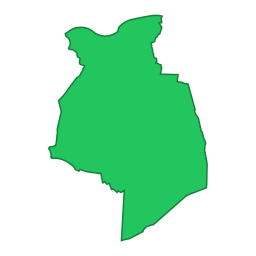 Etten-Leur, Noord-Brabant, Netherlands (Robinson projection)
{"feature_id": "6326949B83094148172558", "entity_name": "Etten-Leur", "entity_type": "district", "adm_level": 2, "iso_a3": "NLD", "parent_name": "Netherlands", "parent_adm1": "Noord-Brabant", "projection": "robinson", "projection_center": [4.64, 51.576], "detail": "fine", "context": "isolated", "style": "filled", "palette": "green", "viewbox_px": 256, "rotation_deg": 0, "n_neighbors": 0, "source": "geoboundaries", "source_scale": "gbopen_adm2", "svg_char_len": 5405}
<svg xmlns="http://www.w3.org/2000/svg" viewBox="0 0 256 256"><path d="M162.2,16.2L161.5,16.0L160.0,15.7L158.6,15.5L157.4,15.4L156.3,15.4L155.1,15.4L154.1,15.4L151.7,15.7L147.6,16.3L141.2,17.5L131.7,19.5L130.1,19.9L128.9,20.3L127.3,21.0L124.9,22.2L121.8,24.5L120.2,25.9L119.3,26.8L118.9,27.3L118.7,27.9L118.0,30.7L117.6,31.6L116.3,32.7L115.6,33.2L114.5,33.6L113.5,34.2L112.1,34.8L111.3,35.1L107.8,35.9L106.4,36.0L105.0,36.1L102.5,35.9L101.8,35.8L100.4,35.4L98.7,34.9L97.7,34.5L96.1,33.8L94.6,32.8L92.7,31.3L91.3,30.3L89.0,29.0L87.1,28.3L84.8,27.7L82.8,27.4L80.6,27.3L78.1,27.5L75.4,28.0L73.0,28.8L70.9,29.9L69.5,30.8L67.8,32.1L66.1,33.2L65.3,33.6L65.4,34.2L65.5,35.1L65.6,35.3L65.7,35.7L66.2,36.4L66.4,36.7L67.4,37.5L68.2,38.1L68.8,38.8L69.4,39.7L69.7,40.3L69.9,40.9L70.1,42.0L70.2,44.2L70.2,44.4L70.0,45.2L69.8,45.8L68.6,48.0L68.5,48.3L68.6,48.6L68.9,49.0L69.6,49.3L70.6,49.5L72.3,49.7L73.0,49.8L73.5,50.0L73.8,50.2L75.4,51.6L76.9,53.1L77.0,53.3L77.1,53.6L77.0,55.2L77.1,55.7L77.2,56.2L77.8,57.0L78.0,57.3L78.7,57.7L79.7,58.1L80.0,58.4L80.0,58.5L80.0,58.8L79.6,61.0L79.5,62.9L79.6,63.4L79.7,63.7L80.1,64.1L80.4,64.5L80.5,64.6L80.9,64.7L83.1,65.2L83.3,65.3L83.5,65.4L84.0,65.6L84.5,66.0L84.5,66.6L84.4,66.8L84.0,67.2L83.8,67.6L82.9,69.0L83.2,69.1L83.1,69.3L82.9,70.0L81.0,73.1L79.6,75.9L79.4,76.1L79.2,76.3L76.7,77.7L76.6,77.8L74.2,81.0L73.4,82.3L73.1,82.6L72.2,83.4L72.1,83.6L72.0,83.8L71.8,84.4L71.7,84.7L71.4,85.0L70.6,85.5L70.5,85.8L70.5,86.0L70.2,86.6L69.7,87.1L69.3,87.7L69.1,87.8L68.7,88.4L68.4,88.7L67.8,89.5L67.6,89.8L67.4,90.5L66.8,91.4L66.4,91.8L65.8,92.6L65.2,93.3L62.7,96.4L58.5,100.6L58.6,100.9L59.0,102.1L59.0,102.4L59.0,102.6L59.6,104.5L59.6,105.1L59.7,105.4L59.9,105.7L59.9,105.9L60.0,106.5L60.2,106.9L60.3,107.1L60.4,107.6L60.4,108.1L60.5,108.3L60.7,109.0L60.8,109.5L60.9,110.1L61.2,110.7L61.2,111.3L61.3,111.6L61.3,111.9L61.1,112.4L61.0,112.9L60.9,113.6L60.5,114.8L60.3,115.9L60.1,116.7L60.0,117.4L59.7,118.4L59.6,119.3L59.3,120.3L59.2,120.8L58.7,122.6L58.0,125.9L57.9,126.3L57.7,126.7L57.5,128.2L57.3,128.6L57.3,130.2L57.3,130.6L57.4,131.2L57.5,132.2L57.4,132.6L57.0,135.5L56.8,137.4L56.5,140.6L56.5,141.4L56.4,142.1L56.1,142.6L56.1,143.9L55.8,144.7L55.3,145.4L55.3,145.5L55.4,145.8L54.7,146.0L49.2,147.2L48.9,148.7L48.9,149.3L49.3,149.4L49.8,150.0L51.6,156.2L50.8,156.4L51.2,157.1L51.3,158.2L52.2,158.1L54.4,158.2L56.2,158.2L57.9,158.5L59.4,158.7L60.4,159.0L62.3,159.5L64.3,160.4L66.0,161.1L68.4,162.7L73.4,166.2L73.9,166.9L74.2,167.2L74.8,168.6L75.0,168.8L75.4,169.3L75.8,169.7L76.3,170.0L76.8,170.3L77.4,170.5L79.1,171.0L79.8,169.7L80.1,169.5L80.4,169.5L83.3,170.6L85.3,171.1L87.4,171.7L89.6,172.1L92.6,172.6L93.0,172.5L93.9,172.6L94.3,172.7L95.0,172.9L96.7,173.0L98.9,173.2L98.7,173.4L98.8,173.4L101.0,173.5L101.0,173.2L101.9,179.3L102.0,179.4L102.1,179.5L102.5,182.3L102.6,182.8L103.7,182.7L104.4,181.5L104.7,181.7L107.1,184.3L109.0,183.2L109.1,183.3L111.2,188.7L111.5,189.3L111.6,189.5L113.2,188.8L117.0,192.4L117.6,191.5L117.8,191.2L118.2,190.8L120.9,192.5L121.0,192.4L121.9,191.9L122.6,191.6L124.3,190.4L122.4,223.9L121.4,240.6L125.8,239.2L126.0,239.2L129.0,238.8L129.5,238.6L140.7,232.8L142.1,232.0L142.4,231.9L142.5,231.8L142.9,231.6L143.0,231.5L142.9,231.3L142.8,231.5L142.7,231.4L143.2,230.3L144.3,228.9L144.5,228.5L144.6,228.3L145.0,228.2L145.4,227.9L145.5,227.6L145.7,227.4L145.9,227.1L146.4,226.9L147.2,226.5L148.1,226.2L148.8,225.8L149.4,225.7L151.0,225.1L152.0,224.9L152.9,224.7L153.2,224.8L154.0,224.0L153.9,224.2L162.6,216.6L186.3,195.7L186.4,195.8L186.7,195.4L206.2,187.8L206.4,187.7L206.5,185.5L206.6,184.9L206.7,184.7L207.0,167.4L207.1,166.7L207.1,165.2L207.1,164.9L206.8,161.8L206.4,159.9L206.3,159.4L206.2,158.9L206.4,158.8L205.3,154.3L205.2,154.1L204.8,152.6L205.1,152.4L205.0,152.2L204.9,152.2L204.7,150.8L204.6,150.3L204.6,149.5L204.8,148.9L204.8,146.3L204.9,145.7L205.6,144.0L205.7,143.4L204.9,140.6L204.7,140.1L204.4,139.7L204.0,139.3L203.8,139.0L203.2,135.9L202.9,135.0L202.3,132.5L202.1,132.0L202.1,131.8L202.0,131.7L201.5,131.6L201.4,131.6L201.1,130.4L199.0,121.2L198.6,119.1L198.3,118.2L196.3,115.2L195.3,113.6L194.8,111.5L194.5,109.9L194.6,109.6L195.1,109.5L194.1,106.0L191.6,96.8L189.3,88.5L188.1,84.1L187.0,83.9L186.9,83.8L183.3,83.3L182.8,83.0L182.8,82.9L182.8,82.5L177.1,81.6L178.1,74.6L160.4,74.2L161.0,71.7L161.0,71.1L161.0,70.7L161.2,70.4L161.2,70.1L161.3,69.9L161.3,69.5L161.3,69.4L161.5,69.2L161.6,68.8L161.4,68.4L161.4,68.0L161.4,67.8L161.5,67.7L161.6,67.4L161.1,66.5L160.9,65.9L161.0,65.7L161.1,65.4L161.1,65.2L160.7,64.7L160.0,64.6L159.4,64.6L158.8,64.1L158.3,63.7L157.6,63.5L157.0,63.0L155.7,62.9L155.8,62.7L156.1,62.4L156.5,61.9L156.6,61.7L156.7,61.4L156.8,60.9L156.4,59.5L156.6,59.0L156.6,58.7L156.4,58.5L156.1,58.2L155.8,58.2L155.2,58.2L154.5,57.8L153.9,57.0L153.8,56.7L153.4,53.6L153.3,53.3L153.1,53.0L152.4,51.9L152.6,50.9L152.7,50.5L152.7,50.3L152.5,49.4L152.1,48.5L152.0,47.6L151.5,46.3L151.6,45.7L151.6,45.2L151.4,44.2L151.5,42.7L153.0,42.3L153.8,42.0L154.1,41.9L154.7,41.4L154.9,41.0L154.9,40.8L154.9,40.6L154.9,40.2L154.9,39.4L155.0,39.3L155.5,38.7L155.7,38.2L155.9,37.8L156.0,37.7L156.6,37.3L157.1,36.8L157.6,35.8L158.5,34.4L159.1,34.2L159.3,34.1L159.7,33.8L159.9,33.4L160.6,31.2L161.7,27.9L161.8,27.6L161.8,27.4L161.8,27.0L161.2,26.3L160.9,25.7L160.6,25.5L160.3,25.0L159.1,22.8L160.4,22.8L161.3,22.7L161.7,22.7L161.3,19.5L161.3,18.9L161.3,18.6L161.4,17.8L162.2,16.2Z" fill="#22c55e" stroke="#15803d" stroke-width="1.5"/></svg>